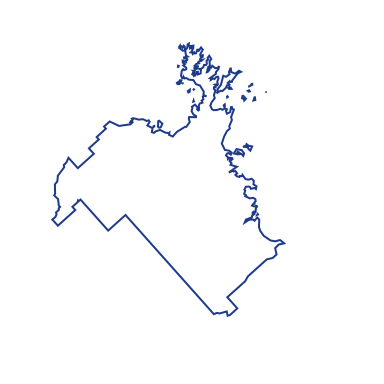 the district of West Arnhem, Northern Territory, Australia, rotated 48°
{"feature_id": "25037944B28082311396997", "entity_name": "West Arnhem", "entity_type": "district", "adm_level": 2, "iso_a3": "AUS", "parent_name": "Australia", "parent_adm1": "Northern Territory", "projection": "natural_earth1", "projection_center": [132.77, -12.357], "detail": "fine", "context": "isolated", "style": "outline", "palette": "blue", "viewbox_px": 384, "rotation_deg": 48, "n_neighbors": 0, "source": "geoboundaries", "source_scale": "gbopen_adm2", "svg_char_len": 5964}
<svg xmlns="http://www.w3.org/2000/svg" viewBox="0 0 384 384"><g transform="rotate(48 192 192)"><path d="M291.8,157.9L286.6,158.7L284.3,163.2L280.5,166.1L272.6,168.0L267.1,167.4L263.0,165.8L257.5,160.5L254.6,160.6L255.2,164.8L253.3,165.0L250.8,168.2L250.0,173.3L248.6,170.4L250.9,164.4L249.9,163.2L250.0,161.4L249.4,162.1L247.8,160.6L247.9,159.2L249.1,159.5L249.5,158.2L246.6,155.2L246.4,153.4L245.6,153.2L244.2,155.5L242.3,156.5L241.8,154.9L242.6,153.3L241.5,152.7L241.5,150.9L239.7,149.7L237.3,150.4L235.4,153.3L230.8,155.2L230.6,154.0L228.3,154.5L226.7,151.6L225.3,151.5L224.1,148.5L225.9,146.2L227.3,145.5L229.0,146.1L230.8,142.9L232.6,142.6L230.9,140.3L227.4,141.2L225.1,138.6L222.1,138.8L220.5,141.9L218.1,143.6L213.0,143.0L213.7,144.1L212.1,145.8L212.6,146.7L210.2,148.2L208.3,148.3L208.4,146.0L205.4,145.7L204.8,147.2L203.9,147.1L202.1,151.5L203.3,141.7L197.6,145.2L197.0,143.3L194.2,143.4L193.5,142.4L193.4,141.5L194.6,141.5L194.7,140.0L193.7,139.4L191.3,141.5L191.4,143.1L190.2,142.1L187.6,142.3L186.9,140.2L187.6,138.7L190.2,138.2L189.2,136.1L186.0,136.9L182.7,139.4L176.0,137.5L172.3,131.1L170.1,125.2L170.2,121.5L168.0,120.2L165.2,114.2L162.5,112.8L158.8,105.7L157.4,106.4L155.5,105.5L155.0,106.3L158.2,110.1L157.2,113.6L154.5,112.5L153.9,110.7L152.0,111.7L151.3,114.3L149.2,115.2L147.7,118.7L145.5,121.3L143.9,121.8L140.1,120.6L138.4,117.3L137.5,112.3L134.8,111.0L132.1,106.5L130.1,106.8L128.8,105.5L129.9,104.4L129.1,103.9L129.4,102.3L127.7,102.9L129.1,100.6L127.0,99.5L125.1,96.0L123.8,95.5L122.8,96.8L123.1,99.7L121.7,100.4L121.3,103.0L120.4,101.9L119.5,102.5L120.2,95.2L118.9,94.0L118.4,90.3L116.6,87.5L117.0,89.6L115.6,91.8L111.7,92.5L112.4,94.5L111.7,95.8L112.9,97.3L113.3,99.9L112.9,100.8L109.9,96.2L110.2,94.3L106.6,91.5L106.1,88.7L102.3,88.0L102.8,90.7L104.3,91.3L104.2,93.3L106.6,95.2L107.0,96.6L105.6,98.0L106.9,100.2L106.5,102.7L105.0,104.9L106.8,103.1L109.7,106.3L108.6,108.9L106.6,107.2L105.9,108.2L107.6,111.4L107.1,112.8L105.3,111.1L105.7,112.7L104.8,113.1L103.6,110.7L104.0,109.8L103.0,109.9L103.7,109.3L103.1,107.7L103.9,104.9L102.7,104.2L102.5,102.7L101.5,107.2L99.8,105.5L100.3,104.3L99.7,103.3L101.0,100.8L99.8,100.8L99.5,99.8L100.8,97.4L100.8,95.5L99.7,97.2L98.8,97.3L98.0,95.4L98.6,94.1L97.4,93.8L98.0,92.8L97.5,92.4L96.7,94.7L95.3,94.0L93.4,88.7L90.6,88.6L91.7,92.6L92.2,92.3L91.3,92.9L90.4,92.1L89.8,92.8L91.6,96.2L90.6,97.6L89.7,97.1L89.8,99.0L88.6,98.3L87.4,99.5L87.3,97.5L85.6,95.9L86.2,95.2L84.2,93.0L83.6,94.0L84.4,95.2L83.9,97.5L82.3,96.4L82.5,95.3L80.9,96.8L79.6,95.1L79.3,96.4L81.6,99.0L82.1,101.0L81.3,101.7L78.9,100.1L77.7,100.3L78.5,102.4L76.7,102.3L76.5,103.9L75.2,103.0L75.5,104.4L76.4,105.1L81.0,104.2L82.4,102.4L86.4,105.1L88.5,104.6L86.6,107.9L87.6,108.5L88.0,107.3L90.1,106.6L90.8,107.3L90.2,108.8L91.4,109.5L88.2,111.1L89.8,112.3L92.2,111.7L92.1,113.8L95.6,113.1L96.9,114.1L96.1,116.4L94.8,116.4L95.0,118.3L98.2,122.3L100.9,123.2L101.5,122.0L100.9,121.2L102.6,121.6L103.3,120.1L106.6,119.0L109.7,116.1L114.5,116.9L118.2,114.8L125.5,116.2L127.5,118.6L130.6,117.1L128.5,118.9L128.4,120.2L130.8,121.6L130.5,123.7L132.6,124.4L131.4,127.1L132.3,129.1L135.7,131.7L135.6,132.8L134.0,132.9L132.7,131.3L129.1,131.3L128.6,135.0L130.0,135.6L131.6,138.2L135.3,139.1L138.3,138.2L139.1,139.0L134.4,144.0L135.6,145.5L138.5,146.8L139.8,152.6L138.9,153.5L137.2,163.1L137.9,169.2L134.2,170.8L132.7,169.1L132.6,170.1L129.6,172.3L124.5,174.2L122.7,178.3L122.7,180.6L120.7,181.8L118.1,178.6L112.7,180.7L111.5,176.5L109.8,176.2L108.8,178.2L105.1,179.7L102.6,183.1L97.8,186.3L97.3,187.7L98.6,187.7L99.1,189.1L98.4,189.8L98.8,191.4L100.0,191.3L99.6,190.4L100.4,189.8L100.6,192.3L94.1,202.0L84.5,206.0L84.5,213.6L87.3,213.6L87.4,226.1L90.6,226.1L90.6,239.4L97.9,239.4L97.9,260.9L83.9,260.9L86.0,265.5L86.1,269.2L88.1,270.5L90.1,280.7L94.0,285.0L94.6,288.8L101.6,294.8L102.4,296.7L107.7,296.3L113.0,300.1L114.8,300.0L114.9,302.0L116.2,302.9L116.2,306.8L117.8,307.4L119.2,310.2L119.0,314.2L127.3,314.2L127.3,290.8L123.0,290.8L123.0,283.5L122.0,282.3L123.0,282.1L123.0,279.9L164.6,280.1L164.6,256.8L297.4,257.5L298.5,254.4L300.7,252.8L304.0,246.1L307.8,248.3L308.8,246.2L308.8,236.2L293.8,236.2L293.9,212.2L292.1,206.9L292.1,181.5L295.0,176.2L295.0,171.0L289.3,167.7L289.1,162.6L291.8,157.9ZM134.8,89.8L136.1,89.8L136.8,88.5L136.1,87.8L134.4,78.7L135.5,75.2L133.3,76.0L133.1,80.0L132.1,81.2L128.8,82.6L126.3,80.5L125.9,80.9L127.6,84.3L129.6,85.3L129.2,89.6L126.5,91.0L131.7,98.8L132.7,104.1L134.8,106.1L135.0,107.7L135.9,103.0L137.3,101.8L137.3,97.2L136.1,94.7L137.0,93.4L138.1,93.4L137.3,92.2L134.9,92.5L134.8,89.8ZM189.9,130.2L191.4,135.1L193.7,133.4L192.7,131.1L194.6,130.4L195.1,132.1L196.9,129.7L199.5,129.8L198.3,127.5L194.2,127.0L189.9,130.2ZM116.8,169.7L120.7,173.6L122.2,173.5L123.0,172.0L121.5,168.3L117.1,168.7L116.8,169.7ZM193.0,119.4L193.7,120.4L192.5,123.8L196.2,120.3L197.4,121.2L200.3,121.0L198.4,116.8L195.4,119.0L193.0,119.4ZM101.3,127.6L100.8,130.2L102.1,130.6L103.4,129.0L102.0,125.3L100.8,126.2L101.3,127.6ZM158.8,89.5L154.9,89.5L154.4,90.2L155.8,92.1L157.6,91.2L159.0,92.0L158.8,89.5ZM163.1,81.4L165.1,85.1L166.0,83.4L163.1,81.4ZM114.2,127.6L115.6,128.1L116.0,126.7L114.5,125.1L114.2,127.6ZM140.3,93.4L138.9,95.4L140.3,95.5L141.8,93.6L140.3,93.4ZM118.0,177.8L117.9,175.1L117.4,176.4L118.0,177.8ZM249.2,171.4L250.2,170.0L250.0,169.2L248.7,170.4L249.2,171.4ZM154.2,82.8L154.9,82.6L155.3,82.8L155.5,82.7L155.9,81.7L154.6,81.5L154.2,82.8ZM148.8,110.4L150.2,111.0L150.5,110.4L148.8,109.1L148.8,110.4ZM88.8,117.9L89.6,118.8L90.0,118.5L89.3,117.5L88.8,117.9ZM152.1,77.3L152.7,75.5L151.9,74.9L151.6,75.4L152.1,77.3ZM151.5,79.7L152.2,77.7L151.6,78.9L151.5,79.7ZM116.8,121.0L117.0,123.2L117.1,121.8L116.8,121.0ZM252.3,157.9L252.6,158.8L252.9,158.0L252.3,157.9ZM145.3,102.6L145.4,101.7L144.5,101.6L144.5,102.1L145.3,102.6ZM125.1,129.6L125.7,130.6L126.0,130.0L125.1,129.6ZM167.9,69.8L166.7,70.4L167.4,70.1L167.9,69.8ZM104.7,126.5L105.2,127.0L105.0,126.3L104.7,126.5Z" fill="none" stroke="#1e3a8a" stroke-width="2"/></g></svg>